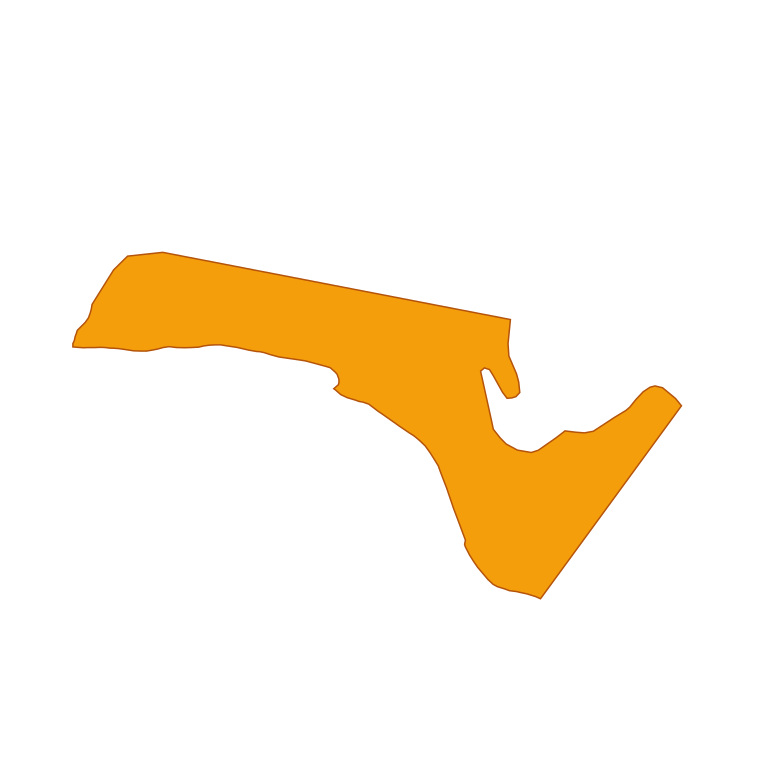 Village, Choiseul, Saint Lucia, rotated 319°
{"feature_id": "8701671B35560062727781", "entity_name": "Village", "entity_type": "district", "adm_level": 2, "iso_a3": "LCA", "parent_name": "Saint Lucia", "parent_adm1": "Choiseul", "projection": "mercator", "projection_center": [-61.05, 13.775], "detail": "fine", "context": "isolated", "style": "filled", "palette": "amber", "viewbox_px": 768, "rotation_deg": 319, "n_neighbors": 0, "source": "geoboundaries", "source_scale": "gbopen_adm2", "svg_char_len": 1899}
<svg xmlns="http://www.w3.org/2000/svg" viewBox="0 0 768 768"><g transform="rotate(319 384 384)"><path d="M594.2,595.6L594.5,586.2L591.8,569.6L587.3,563.3L582.8,561.0L574.5,559.9L563.9,561.0L554.4,562.7L549.4,562.7L536.0,560.4L511.0,557.0L503.2,552.4L497.0,546.1L489.8,538.1L488.7,538.1L478.6,537.5L456.9,535.2L450.2,532.3L441.3,521.4L436.8,509.4L436.3,500.8L436.8,489.9L441.3,481.8L459.1,449.1L465.3,437.7L470.3,437.7L473.1,442.3L471.9,449.7L468.0,468.1L467.5,475.5L471.4,478.4L475.3,480.1L480.9,479.5L487.0,470.8L490.7,463.2L496.6,444.8L504.1,434.9L521.7,418.3L303.4,139.5L274.4,119.3L270.5,119.5L254.8,120.5L215.9,132.4L212.3,135.4L209.0,137.6L204.3,140.2L198.9,141.5L190.4,142.1L187.7,142.3L184.8,144.1L182.0,145.6L179.0,147.9L175.7,149.4L173.5,151.9L177.0,155.5L180.9,159.4L184.5,162.3L189.3,166.5L192.7,169.2L195.3,171.4L198.2,174.3L200.8,177.2L203.5,179.7L206.9,183.1L211.9,188.9L216.9,194.8L222.2,199.7L226.3,203.3L230.7,206.0L235.7,208.9L241.3,211.6L246.0,214.6L247.4,216.0L251.2,220.2L257.3,225.8L262.3,229.9L268.3,234.6L272.9,237.0L277.5,240.0L282.5,243.9L286.4,247.3L290.5,252.2L294.8,257.3L296.9,259.7L304.3,269.9L309.1,275.8L311.5,278.2L314.1,281.6L317.2,286.8L322.3,294.5L329.7,303.1L333.1,307.0L339.7,314.8L351.5,332.3L354.1,336.4L355.0,343.0L355.0,345.9L353.8,349.1L353.1,350.8L351.1,353.2L349.1,354.6L343.0,354.6L343.5,356.8L344.4,363.6L347.3,370.2L351.9,377.5L353.8,380.9L356.2,383.8L359.3,389.2L360.3,394.0L361.6,400.4L363.2,406.4L368.0,426.1L371.1,437.8L372.3,441.7L373.0,444.9L373.8,450.4L374.5,457.7L373.7,466.2L373.0,470.8L371.3,481.3L369.1,486.9L366.6,493.7L363.1,503.4L355.0,523.2L349.7,537.5L343.0,555.3L339.6,557.9L338.6,560.1L336.4,569.1L335.2,576.8L334.4,583.9L334.2,599.7L334.9,606.7L336.6,611.3L340.7,617.9L343.1,622.3L348.1,627.9L349.6,630.1L354.2,636.2L359.0,644.0L361.2,648.7L362.3,648.5L594.2,595.6Z" fill="#f59e0b" stroke="#b45309" stroke-width="1.5"/></g></svg>